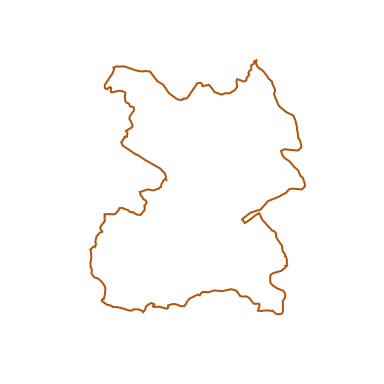 the district of Telimele, Télimélé, Guinea, rotated 74°
{"feature_id": "49546643B50480493924889", "entity_name": "Telimele", "entity_type": "district", "adm_level": 2, "iso_a3": "GIN", "parent_name": "Guinea", "parent_adm1": "Télimélé", "projection": "mercator", "projection_center": [-13.353, 10.89], "detail": "fine", "context": "isolated", "style": "outline", "palette": "amber", "viewbox_px": 384, "rotation_deg": 74, "n_neighbors": 0, "source": "geoboundaries", "source_scale": "gbopen_adm2", "svg_char_len": 4058}
<svg xmlns="http://www.w3.org/2000/svg" viewBox="0 0 384 384"><g transform="rotate(74 192 192)"><path d="M128.3,245.8L140.8,235.3L141.0,234.3L148.4,228.2L160.4,216.3L166.4,213.1L169.4,212.8L172.4,213.5L172.6,213.5L171.9,214.0L172.9,215.9L175.9,219.1L178.7,220.5L178.8,222.2L179.6,223.2L179.8,229.0L177.3,233.6L177.6,240.7L177.9,241.9L177.8,242.1L178.7,242.0L180.6,242.3L182.2,241.7L182.8,241.1L184.6,241.1L185.5,240.6L186.6,239.6L187.4,239.0L187.9,238.7L189.6,238.5L191.8,240.7L192.1,241.7L193.9,241.7L195.5,242.2L196.1,242.5L199.9,247.7L198.4,251.4L194.7,254.7L194.9,255.6L193.6,257.5L191.6,258.6L189.3,262.2L188.1,263.1L187.5,266.1L189.1,267.5L191.9,271.5L191.9,273.2L190.9,276.0L189.2,282.2L189.2,282.3L191.5,282.5L192.3,283.2L195.6,283.6L196.4,285.0L197.1,285.1L198.6,287.9L199.5,288.4L200.3,289.9L201.9,290.1L205.5,289.2L205.6,291.6L208.2,295.9L213.3,298.7L215.6,298.5L217.3,299.8L217.2,299.8L217.9,302.9L219.4,305.7L220.1,305.3L226.9,306.7L232.6,309.3L236.5,310.2L237.6,309.7L239.5,309.8L242.4,311.1L246.9,309.6L249.6,305.9L253.8,303.3L259.1,301.7L262.0,302.2L266.5,304.0L270.6,306.4L270.3,307.3L271.1,308.6L272.1,308.7L277.1,304.6L278.2,302.2L279.8,300.2L280.6,300.1L281.8,296.3L283.9,292.1L288.7,284.9L289.3,282.3L288.7,280.2L290.1,275.8L292.5,272.7L294.0,272.2L292.3,269.6L289.4,267.8L288.2,265.2L287.5,261.6L289.3,259.4L290.0,259.3L290.6,260.8L291.8,260.8L293.2,255.2L297.3,248.3L296.8,247.0L294.4,246.2L294.4,241.0L295.5,238.3L298.5,234.4L299.6,231.1L297.8,228.4L296.2,227.3L293.9,224.1L292.2,214.9L293.5,213.0L291.9,211.6L291.1,209.2L293.0,203.0L292.6,198.2L295.6,190.4L296.2,181.1L299.1,176.5L305.2,174.4L306.7,171.6L307.1,168.8L309.4,166.3L316.4,163.4L317.9,158.2L319.9,158.4L324.3,161.3L325.2,159.1L326.5,152.2L327.9,149.3L328.3,147.1L331.6,145.4L333.2,143.1L333.6,140.7L333.4,138.7L331.4,137.3L321.9,134.8L319.4,131.9L316.7,130.7L313.9,130.8L311.8,131.8L308.6,136.2L304.3,140.0L300.9,141.7L294.5,140.1L293.0,138.7L292.3,135.9L292.4,128.0L290.6,123.8L289.1,121.2L288.8,121.6L288.8,121.2L286.4,120.3L284.1,119.7L283.9,119.7L282.7,119.4L280.5,119.5L279.3,120.3L277.8,119.7L274.6,120.8L273.8,121.1L271.6,120.9L270.4,120.6L269.4,120.5L268.5,120.3L267.9,120.3L266.6,121.1L264.3,121.7L262.3,122.5L261.0,122.8L259.3,123.4L258.5,123.4L257.9,123.3L257.3,123.3L256.6,123.3L255.1,122.5L254.0,123.1L252.6,123.7L252.0,124.4L251.3,125.3L251.0,125.8L249.3,126.4L247.6,127.3L245.6,128.4L243.1,129.7L241.4,130.3L239.8,131.2L238.7,131.8L237.6,132.2L236.2,132.5L234.2,132.6L232.6,132.8L231.7,133.3L230.8,133.4L231.7,137.1L234.7,144.3L236.4,149.9L235.3,150.3L233.8,150.6L232.5,151.3L232.0,151.3L228.0,141.5L227.7,130.8L221.7,121.5L220.5,110.1L218.6,101.7L216.2,98.0L216.1,95.6L219.8,85.7L217.8,82.0L215.8,81.3L213.1,81.4L208.7,81.6L206.0,83.5L200.6,83.9L195.4,87.2L189.7,89.6L184.5,93.9L181.1,95.1L177.0,95.0L176.4,91.5L181.3,78.8L179.7,75.3L178.0,74.1L171.8,74.0L169.3,75.1L163.4,73.9L161.4,74.0L157.9,73.2L151.2,72.9L147.7,73.4L146.3,73.6L141.4,79.2L134.6,83.9L132.3,85.0L120.4,86.3L118.3,84.5L116.4,84.0L109.3,85.0L107.9,84.6L104.3,87.0L97.0,89.5L94.2,90.9L91.7,93.3L89.1,94.7L85.6,95.1L83.1,93.8L83.4,95.9L86.0,97.6L86.5,100.1L90.9,101.4L91.3,103.3L93.3,105.1L94.9,104.6L97.7,108.3L99.6,109.0L100.1,110.3L99.9,112.4L97.8,114.6L96.0,117.6L97.9,118.8L103.4,119.6L105.9,122.8L107.5,128.9L106.2,132.8L106.6,136.6L102.1,142.9L96.1,144.9L93.7,146.2L93.1,152.7L91.3,152.5L89.4,153.6L88.9,156.8L99.8,170.0L100.6,171.7L99.5,175.7L100.4,174.4L100.7,176.8L98.8,180.7L90.5,187.0L81.0,190.1L75.5,195.0L64.8,199.0L63.0,202.8L62.2,207.5L59.3,212.9L52.5,222.6L51.2,228.4L50.4,229.5L50.7,233.2L52.7,233.1L56.0,235.7L65.1,246.4L68.0,247.1L69.8,245.3L68.5,242.6L68.7,241.5L69.7,241.0L72.9,242.5L74.1,241.7L74.6,234.3L75.5,231.7L77.4,229.4L78.6,228.6L81.9,230.4L86.6,231.0L88.4,230.1L89.6,228.2L92.4,228.1L94.5,224.6L97.7,225.4L101.9,230.9L104.7,232.1L106.3,231.4L111.7,230.8L113.2,231.8L115.1,238.7L117.5,237.8L120.9,239.4L120.2,241.0L120.9,241.5L120.8,242.2L121.8,242.4L122.8,244.3L123.8,244.7L124.6,246.3L128.3,245.8Z" fill="none" stroke="#b45309" stroke-width="2"/></g></svg>